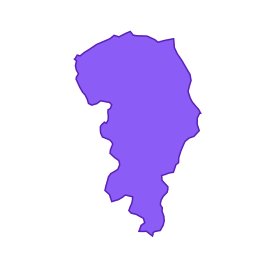 outline of Anafotida, Larnaca, Cyprus, rotated 15°
{"feature_id": "46923920B49620686054742", "entity_name": "Anafotida", "entity_type": "district", "adm_level": 2, "iso_a3": "CYP", "parent_name": "Cyprus", "parent_adm1": "Larnaca", "projection": "robinson", "projection_center": [33.461, 34.81], "detail": "fine", "context": "isolated", "style": "filled", "palette": "violet", "viewbox_px": 256, "rotation_deg": 15, "n_neighbors": 0, "source": "geoboundaries", "source_scale": "gbopen_adm2", "svg_char_len": 1777}
<svg xmlns="http://www.w3.org/2000/svg" viewBox="0 0 256 256"><g transform="rotate(15 128 128)"><path d="M194.3,94.9L191.2,91.6L188.2,89.7L183.3,86.2L180.4,83.1L176.6,77.3L176.4,72.1L176.6,65.7L174.0,60.2L169.4,55.7L163.1,49.4L161.2,47.7L156.4,43.6L152.0,38.4L149.0,30.0L147.2,30.8L141.0,33.8L134.7,37.4L130.9,35.7L122.7,34.3L118.6,35.2L113.5,36.5L109.0,37.0L105.2,34.2L101.3,37.2L95.7,42.3L90.6,42.1L87.4,46.5L84.0,49.2L80.3,52.1L76.0,55.5L69.8,62.6L66.4,66.2L63.1,70.7L60.1,70.7L58.9,74.9L58.5,75.3L60.9,76.4L61.1,81.4L63.0,85.2L66.1,88.4L65.0,92.3L65.2,94.2L67.6,97.1L70.7,100.9L74.8,105.1L78.1,107.2L81.2,110.8L83.5,114.5L87.0,115.3L91.5,112.6L94.6,108.8L103.6,108.1L106.2,109.8L105.9,113.7L104.0,115.6L104.6,118.3L106.0,121.9L106.7,125.4L105.9,128.9L103.7,128.5L101.7,131.7L101.0,133.8L102.0,137.7L103.0,140.1L105.7,143.3L109.6,143.7L113.5,144.3L115.6,145.5L117.4,147.4L116.7,153.7L117.2,157.1L122.9,160.1L126.3,161.3L128.0,162.3L129.5,165.7L128.9,170.5L127.3,172.4L123.1,176.6L121.8,180.2L121.8,186.3L121.7,189.7L121.9,194.3L127.3,197.1L131.4,203.3L137.4,199.6L140.7,196.2L142.7,193.4L150.3,193.3L151.0,196.7L151.1,200.1L150.5,203.8L150.2,207.6L153.1,209.4L158.3,209.3L164.4,210.8L166.2,211.2L168.7,215.2L165.8,218.8L165.7,220.9L165.4,224.1L165.3,225.0L169.7,223.9L172.5,223.0L179.6,226.0L179.7,224.9L179.3,222.7L180.4,221.2L185.7,218.6L187.1,212.9L187.0,208.3L185.5,204.1L182.4,199.5L181.7,196.1L179.5,194.2L178.8,192.5L178.7,189.0L179.7,184.9L182.4,180.0L182.4,177.1L181.7,174.4L180.4,173.6L174.4,169.8L172.8,165.1L176.1,163.2L179.0,161.0L183.3,159.0L183.8,151.0L185.8,148.5L184.7,143.4L185.0,136.6L185.8,130.5L186.5,126.3L189.6,121.9L193.9,119.0L197.5,112.1L193.9,106.6L192.3,100.4L193.4,95.1L194.3,94.9Z" fill="#8b5cf6" stroke="#5b21b6" stroke-width="1.5"/></g></svg>